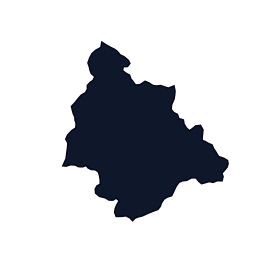 Cristiano Otoni, Minas Gerais, Brazil, rotated 244°
{"feature_id": "56859067B84978777244329", "entity_name": "Cristiano Otoni", "entity_type": "district", "adm_level": 2, "iso_a3": "BRA", "parent_name": "Brazil", "parent_adm1": "Minas Gerais", "projection": "robinson", "projection_center": [-43.825, -20.834], "detail": "fine", "context": "isolated", "style": "filled", "palette": "ink", "viewbox_px": 256, "rotation_deg": 244, "n_neighbors": 0, "source": "geoboundaries", "source_scale": "gbopen_adm2", "svg_char_len": 1809}
<svg xmlns="http://www.w3.org/2000/svg" viewBox="0 0 256 256"><g transform="rotate(244 128 128)"><path d="M216.7,142.1L212.3,138.9L212.0,132.9L210.6,128.2L207.6,124.1L204.0,120.5L200.1,120.1L197.1,119.3L193.0,118.9L188.7,120.7L186.1,117.4L185.6,113.9L184.1,110.1L180.7,108.6L178.4,105.3L178.0,100.3L176.3,96.2L173.8,91.0L172.2,86.6L168.0,85.7L164.8,85.1L161.3,85.1L158.5,83.9L154.5,83.2L151.0,81.1L150.3,76.3L148.2,70.7L145.2,67.1L141.0,67.4L136.7,64.9L132.4,62.0L127.6,58.9L124.7,55.4L122.6,52.8L120.8,55.8L120.2,60.2L117.8,64.4L114.8,66.7L113.0,70.3L112.6,74.0L109.7,74.6L106.9,76.7L104.8,80.3L101.5,82.1L97.7,81.5L93.6,80.3L89.7,78.4L89.5,74.6L87.5,71.8L83.7,70.3L79.0,72.4L75.3,76.9L71.5,79.4L69.7,83.0L70.2,86.5L66.5,88.2L63.8,84.2L61.3,81.3L58.0,79.0L53.7,78.6L51.3,83.6L50.0,87.6L46.5,90.3L42.7,91.4L43.9,95.1L43.5,98.9L42.7,102.4L42.6,108.2L42.2,114.1L41.7,119.2L43.5,122.8L46.0,125.2L48.3,129.1L48.7,133.0L48.0,137.6L51.2,141.6L54.5,145.7L56.8,149.9L56.7,153.6L55.2,157.8L55.4,163.2L53.4,167.3L49.1,168.2L45.7,169.7L45.0,173.2L44.3,177.4L41.8,180.7L41.5,185.1L39.3,189.4L42.7,192.2L46.2,192.5L47.7,196.3L49.5,200.1L52.2,202.4L55.2,203.2L58.7,200.9L62.7,196.9L67.7,196.5L71.7,195.9L76.0,196.1L79.0,193.4L81.8,191.6L84.5,189.2L88.7,191.6L93.5,194.6L98.6,194.3L100.2,189.8L99.2,185.5L98.6,182.0L102.5,180.5L107.1,180.1L111.0,181.3L114.2,177.8L118.5,178.4L121.8,175.9L125.7,174.9L129.8,177.4L134.0,182.2L137.6,184.7L140.7,186.5L145.7,187.8L146.1,181.8L148.7,179.1L151.8,176.1L153.2,172.1L155.3,169.0L159.5,166.5L162.5,163.8L161.7,158.0L163.3,153.6L167.0,153.0L170.9,152.1L174.8,152.6L178.3,150.1L182.2,148.2L185.1,150.7L183.5,154.5L185.2,158.0L188.7,158.0L193.8,155.7L197.2,153.0L201.3,152.1L204.8,150.3L208.2,147.6L211.8,145.1L216.7,142.1Z" fill="#0f172a" stroke="#020617" stroke-width="1.5"/></g></svg>